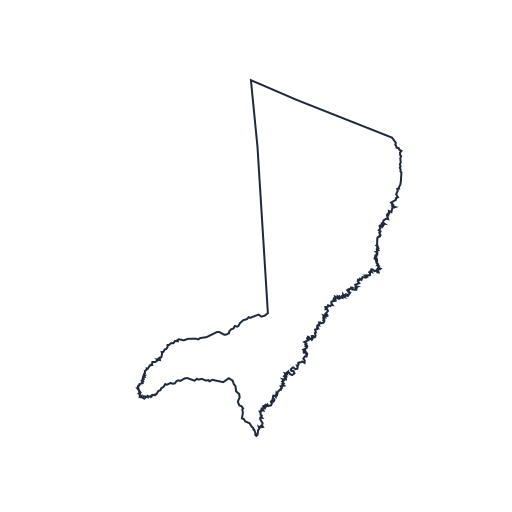 Papunaua(cor. Departamental), Vaupés, Colombia (Robinson projection), rotated 139°
{"feature_id": "7082276B69012408325747", "entity_name": "Papunaua(cor. Departamental)", "entity_type": "district", "adm_level": 2, "iso_a3": "COL", "parent_name": "Colombia", "parent_adm1": "Vaupés", "projection": "robinson", "projection_center": [-70.32, 1.617], "detail": "fine", "context": "isolated", "style": "outline", "palette": "slate", "viewbox_px": 512, "rotation_deg": 139, "n_neighbors": 0, "source": "geoboundaries", "source_scale": "gbopen_adm2", "svg_char_len": 6146}
<svg xmlns="http://www.w3.org/2000/svg" viewBox="0 0 512 512"><g transform="rotate(139 256 256)"><path d="M144.5,392.0L183.5,337.1L284.5,205.1L288.8,205.3L291.7,206.7L292.5,210.1L300.9,213.1L301.6,214.6L304.3,214.3L307.7,215.9L312.0,215.9L315.4,214.7L316.6,215.1L317.9,217.1L320.5,216.1L323.0,217.0L325.6,216.7L326.9,215.5L329.4,216.0L331.5,217.2L333.6,222.7L335.3,224.2L346.5,227.2L352.0,230.7L354.3,231.0L355.7,233.1L361.8,238.2L365.8,239.7L368.8,243.7L370.4,244.1L370.9,243.0L372.9,245.0L375.4,244.4L377.6,246.0L380.1,245.9L381.2,246.8L382.6,245.2L384.9,244.7L386.2,245.4L388.9,244.4L390.2,245.4L391.0,243.8L393.9,241.7L395.3,242.5L396.0,241.5L396.0,242.4L397.0,242.6L397.7,242.0L398.3,242.6L398.1,241.7L399.0,242.4L399.3,241.9L401.5,242.0L403.8,244.0L405.3,242.6L406.4,242.8L406.3,242.1L408.0,243.0L411.5,241.9L412.3,242.9L413.0,242.0L415.4,242.1L416.8,240.3L417.6,240.5L418.9,239.6L418.3,238.8L419.1,238.8L419.3,237.9L420.3,238.9L421.0,237.6L421.2,238.3L422.4,237.4L422.2,236.8L423.5,236.8L423.5,235.9L424.0,236.2L423.9,235.3L424.7,235.4L425.0,234.5L428.1,235.7L429.1,234.8L430.0,235.4L431.1,234.8L431.6,233.2L432.4,233.9L432.5,231.4L433.6,229.6L432.6,229.8L432.7,228.8L434.6,229.0L434.0,228.1L436.1,226.1L434.7,225.7L436.3,224.9L435.1,224.9L434.1,222.3L432.9,223.9L431.3,222.1L431.8,221.6L430.3,221.5L430.2,220.6L429.5,221.3L429.0,220.0L427.5,219.1L427.7,218.5L427.1,218.4L427.0,219.3L425.3,219.2L423.7,217.2L422.8,217.7L422.0,217.0L418.2,218.2L416.1,217.4L414.4,218.3L411.3,217.9L408.6,218.9L407.9,217.4L403.7,216.2L403.0,214.6L401.0,213.1L398.0,213.7L396.3,213.2L395.1,211.4L390.1,210.4L388.0,209.0L384.2,202.2L381.3,202.1L380.3,200.3L377.7,199.0L375.4,194.7L373.3,193.5L373.4,192.0L370.2,191.2L363.5,182.3L356.7,181.6L355.4,177.3L356.9,173.6L356.8,171.4L359.8,167.0L359.2,162.9L361.1,160.0L365.1,158.1L365.8,156.7L366.6,154.1L365.5,152.2L365.7,149.4L367.0,149.2L368.8,146.2L373.2,142.7L372.2,141.1L372.6,138.1L370.6,134.0L371.3,129.9L370.9,128.3L371.8,126.7L371.3,126.1L373.1,121.7L373.8,121.6L373.8,120.0L372.1,120.1L368.7,123.1L366.7,123.6L366.0,125.2L365.7,124.0L364.2,124.6L363.8,122.9L362.9,122.4L362.7,124.2L360.7,125.5L359.9,130.2L358.9,131.1L357.6,129.9L357.8,132.1L357.2,131.1L356.4,131.7L356.7,133.2L355.6,134.3L355.2,136.2L354.3,135.5L352.7,136.6L353.0,135.5L351.9,134.5L351.9,136.1L350.3,136.3L349.4,135.3L349.0,136.4L349.5,137.6L348.9,137.9L347.7,135.8L347.2,136.1L347.5,137.4L346.3,137.4L346.2,136.0L344.8,136.3L345.3,134.8L342.6,133.4L340.8,134.3L340.3,136.3L338.5,136.6L338.6,134.8L337.2,134.8L336.1,135.8L336.6,137.7L334.6,139.3L333.7,138.5L333.5,136.6L330.5,139.2L330.7,137.7L328.8,139.1L326.0,139.4L325.0,138.7L324.3,139.6L323.0,139.4L322.8,141.5L319.8,139.7L320.2,142.1L318.7,141.6L318.6,144.1L316.6,143.7L316.7,145.4L316.1,144.6L314.8,144.6L314.2,143.4L313.3,144.5L313.8,146.9L312.8,146.9L312.0,145.7L311.2,148.5L310.1,146.5L309.5,147.8L307.6,147.7L308.4,146.8L307.5,146.1L307.8,144.5L306.8,142.4L303.9,142.2L303.2,144.7L304.6,146.0L304.6,146.9L304.1,147.6L302.0,147.8L301.0,147.5L300.5,144.7L298.8,143.8L297.7,144.5L297.0,146.4L296.4,145.7L295.0,146.2L294.6,147.5L293.1,147.4L292.0,146.3L290.4,146.1L289.5,143.5L287.8,145.1L287.6,147.5L285.0,148.2L283.9,147.0L281.5,148.5L281.4,149.7L282.5,149.0L282.0,150.5L283.4,151.8L282.2,153.1L281.9,151.9L281.3,151.8L280.7,152.8L281.7,153.3L281.8,154.3L278.2,153.3L276.4,154.3L276.3,155.1L277.5,154.4L277.8,155.4L276.9,155.5L276.8,156.9L275.4,157.1L276.0,159.4L272.0,158.2L271.5,160.3L269.7,161.0L269.3,160.3L270.0,158.0L268.9,157.7L268.9,156.1L266.5,156.9L267.2,157.9L266.4,159.0L265.3,158.1L265.2,156.3L264.6,156.1L263.3,156.8L262.1,159.2L260.9,159.0L259.7,161.7L257.8,160.7L257.0,161.7L256.5,160.8L255.5,163.2L254.5,163.3L253.9,162.3L253.6,163.2L252.3,163.2L252.0,164.4L251.1,163.8L251.0,162.5L249.1,161.4L247.8,161.7L247.5,163.0L246.8,162.4L246.0,163.4L246.1,164.9L245.1,165.8L244.3,164.7L244.1,166.4L243.3,164.7L241.2,164.0L240.8,165.0L242.2,166.7L237.7,167.3L237.2,169.3L238.2,170.1L236.6,170.6L237.5,171.2L237.3,171.9L234.9,170.6L233.9,171.5L232.8,169.4L231.2,169.6L230.4,168.7L230.2,170.7L229.0,172.1L226.3,170.6L226.6,171.8L225.6,172.5L225.8,170.6L225.1,170.1L223.0,173.5L221.9,170.3L220.8,171.9L220.5,170.8L219.4,170.9L219.5,169.4L220.7,169.7L220.8,169.1L219.1,169.0L218.3,167.7L217.5,169.0L216.4,167.3L216.5,168.9L215.6,169.8L215.9,168.2L214.4,168.2L215.2,167.3L213.6,166.9L213.2,166.0L212.5,166.9L212.1,165.8L209.0,166.6L209.8,168.0L209.6,170.4L208.6,170.3L208.5,169.1L207.4,169.9L206.1,169.2L204.9,169.9L203.9,168.6L205.2,167.4L202.5,164.7L201.5,165.4L202.2,166.3L201.7,167.0L199.6,166.3L200.7,167.6L200.0,169.2L195.9,167.7L195.8,170.2L194.5,171.2L193.7,169.9L192.5,170.6L192.0,168.8L189.5,170.2L187.3,167.6L185.9,167.3L186.4,169.7L182.6,166.8L181.2,168.2L181.2,169.5L179.8,169.3L179.1,167.9L178.5,169.8L177.7,170.3L176.8,169.3L176.6,166.8L174.8,166.3L175.1,163.9L174.2,163.1L172.8,166.5L171.7,166.0L171.2,164.7L170.3,164.7L171.5,166.9L169.9,167.5L170.4,168.4L169.6,169.2L170.3,169.6L169.3,169.9L169.6,171.8L168.2,174.2L167.8,172.9L166.8,174.2L167.3,176.0L168.1,175.7L168.2,176.3L165.6,178.0L165.4,177.4L166.4,176.8L166.0,176.2L163.7,178.2L163.4,177.7L162.2,178.9L162.6,180.3L161.6,179.8L160.7,181.4L159.8,180.4L159.6,182.3L158.9,183.0L158.3,182.2L157.8,183.6L157.4,183.1L158.2,185.0L157.1,185.2L153.2,189.4L152.5,188.8L152.9,189.6L152.1,190.3L149.6,189.5L149.4,190.1L150.1,190.5L148.3,190.2L147.7,192.7L146.4,193.1L145.7,192.1L146.4,194.9L144.2,195.1L142.9,197.7L142.1,197.5L141.7,195.0L139.7,195.6L140.6,197.1L139.7,198.1L137.8,196.0L138.2,198.0L136.6,199.1L133.4,198.8L132.1,197.1L130.4,201.0L129.2,201.4L129.1,200.5L128.6,201.1L127.7,200.6L126.2,202.7L125.0,200.3L121.7,202.8L118.8,201.6L120.5,204.2L119.7,205.3L118.9,204.9L119.0,207.7L114.2,206.7L113.4,206.7L112.6,207.9L110.3,207.2L109.8,210.6L106.3,212.2L105.5,213.9L103.9,213.0L103.7,213.8L100.1,215.3L97.7,217.3L91.5,223.6L91.5,225.0L90.1,226.4L89.6,228.3L88.2,228.7L87.3,230.8L85.4,231.6L83.1,235.0L81.0,236.1L81.0,237.6L79.4,239.6L77.3,239.9L78.1,242.4L77.5,243.9L78.9,245.5L77.9,247.3L77.9,248.6L76.2,249.7L75.7,256.1L122.9,347.1L144.5,392.0Z" fill="none" stroke="#1e293b" stroke-width="2"/></g></svg>